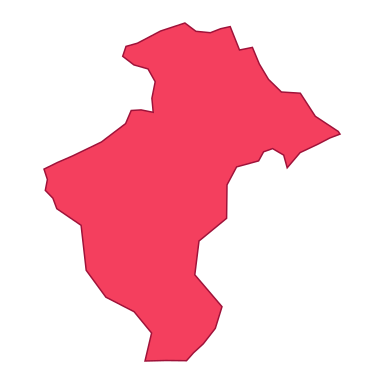 La Vega, Albers equal-area conic projection
{"feature_id": "DOM-1975", "entity_name": "La Vega", "entity_type": "Province", "adm_level": 1, "iso_a3": "DOM", "parent_name": "Dominican Republic", "parent_adm1": "", "projection": "albers", "projection_center": [-70.602, 19.023], "detail": "fine", "context": "isolated", "style": "filled", "palette": "rose", "viewbox_px": 384, "rotation_deg": 0, "n_neighbors": 0, "source": "natural_earth", "source_scale": "10m", "svg_char_len": 835}
<svg xmlns="http://www.w3.org/2000/svg" viewBox="0 0 384 384"><path d="M184.9,23.0L195.9,31.3L210.4,32.7L220.7,28.7L230.2,26.6L239.5,50.0L252.4,47.4L259.3,64.0L268.5,79.4L281.4,92.0L300.3,93.2L315.3,116.3L338.3,131.5L339.1,132.8L340.0,134.1L329.8,138.0L318.5,143.9L300.1,152.6L287.2,167.8L283.7,155.1L272.6,148.6L263.6,151.8L258.6,160.9L236.6,166.9L227.0,184.9L226.6,218.3L199.0,241.0L194.8,274.8L222.0,306.7L215.3,328.4L203.3,343.8L193.5,352.8L186.5,360.7L166.0,360.5L145.0,361.0L151.6,333.0L134.1,311.7L105.9,297.2L86.2,270.3L81.1,225.3L56.8,208.7L52.9,198.2L45.3,190.4L47.4,179.5L44.0,169.1L57.4,162.5L72.6,155.9L101.4,142.0L125.6,123.6L131.2,110.5L141.1,109.9L153.2,112.3L151.9,98.3L155.2,81.7L148.0,68.9L133.9,64.9L122.7,56.3L126.0,46.4L137.4,43.2L160.6,31.0L184.9,23.0Z" fill="#f43f5e" stroke="#9f1239" stroke-width="1.5"/></svg>